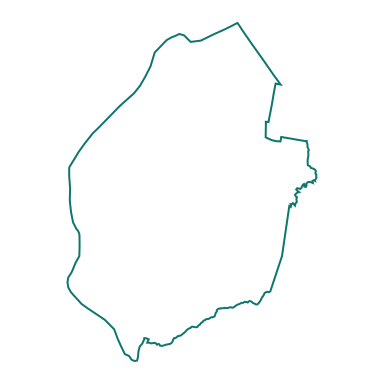 Capital, Corrientes, Argentina
{"feature_id": "61730980B72419299069197", "entity_name": "Capital", "entity_type": "district", "adm_level": 2, "iso_a3": "ARG", "parent_name": "Argentina", "parent_adm1": "Corrientes", "projection": "mercator", "projection_center": [-58.741, -27.521], "detail": "fine", "context": "isolated", "style": "outline", "palette": "teal", "viewbox_px": 384, "rotation_deg": 0, "n_neighbors": 0, "source": "geoboundaries", "source_scale": "gbopen_adm2", "svg_char_len": 4030}
<svg xmlns="http://www.w3.org/2000/svg" viewBox="0 0 384 384"><path d="M314.8,180.7L314.7,180.4L315.3,179.7L315.7,179.2L316.5,177.6L316.1,176.2L316.4,174.8L315.5,173.7L315.5,172.5L315.9,171.3L315.4,170.1L314.3,169.2L312.8,168.5L311.7,168.1L310.8,167.9L310.3,166.6L309.1,165.9L307.8,165.2L307.7,163.9L307.7,163.5L307.6,161.5L307.7,159.4L308.0,157.8L308.2,156.7L308.3,155.2L308.4,153.3L308.1,151.6L308.8,150.3L308.5,149.2L308.3,148.8L308.2,148.4L308.1,148.2L307.6,147.4L307.5,146.5L307.5,145.0L307.2,143.3L306.6,142.2L306.6,141.9L306.8,141.1L304.2,140.9L297.0,139.7L290.9,138.6L281.2,137.0L280.5,141.4L276.5,141.2L275.0,140.9L272.3,140.3L268.9,138.9L265.7,137.3L265.7,133.3L265.9,125.0L265.8,121.8L268.5,122.0L271.9,104.4L273.8,93.0L275.6,83.6L280.6,84.6L273.4,74.7L264.2,61.4L250.7,42.4L241.7,29.3L240.8,27.8L239.9,26.5L237.5,23.0L236.1,23.6L232.5,25.5L225.3,29.1L223.5,29.9L215.3,33.6L212.7,34.8L201.1,40.5L199.5,40.8L190.7,41.9L188.4,39.7L184.0,35.3L179.1,34.0L176.7,35.3L174.7,36.1L171.5,37.4L167.0,39.9L166.8,40.0L166.2,40.6L160.3,46.7L156.4,50.8L155.7,51.5L154.7,52.5L150.6,66.1L149.0,69.4L148.3,70.7L145.1,77.0L140.0,85.8L138.8,87.3L136.9,89.7L133.8,93.5L129.6,97.2L120.3,105.5L117.1,108.7L107.3,118.8L103.2,123.0L100.3,126.0L95.6,130.6L92.9,133.2L84.7,143.5L78.4,152.3L75.9,156.5L72.5,162.0L71.8,163.2L69.6,166.7L69.1,168.6L69.2,170.5L69.2,174.3L69.2,176.1L70.0,187.1L70.1,188.6L69.9,195.7L69.8,198.4L69.8,200.4L70.1,203.6L71.0,211.8L72.5,219.6L73.1,222.5L74.5,225.2L76.5,229.1L77.8,230.4L78.3,231.5L79.3,233.7L79.5,236.8L79.5,237.4L79.6,246.8L79.3,256.2L77.4,259.6L75.7,262.5L71.9,271.7L71.4,272.6L70.8,273.5L69.9,275.0L68.3,277.4L67.9,279.3L67.6,282.1L67.5,283.0L67.9,284.8L68.3,287.5L70.4,291.2L70.9,292.1L73.0,294.5L73.7,295.3L75.8,297.6L79.3,301.4L81.5,303.9L88.2,308.7L88.4,308.8L99.6,316.3L104.9,319.9L107.6,322.6L112.7,327.8L114.0,329.1L114.8,330.9L117.7,338.8L121.1,346.4L124.8,354.0L125.8,354.6L127.1,355.1L128.9,355.9L130.0,357.3L131.0,358.8L131.3,359.2L131.8,359.8L133.4,360.6L135.2,361.0L137.1,360.5L137.5,358.9L138.0,357.0L138.1,355.6L138.2,353.8L138.4,352.5L138.5,350.9L139.1,349.2L139.4,347.3L140.5,345.5L141.6,344.5L142.5,343.2L143.4,341.1L144.1,339.6L144.3,338.1L146.3,338.3L148.7,339.3L147.7,341.2L147.3,342.7L149.1,342.6L150.9,343.4L153.0,343.1L154.4,342.8L155.9,343.3L157.0,344.7L158.7,343.9L159.5,344.6L160.1,345.7L161.9,345.9L164.0,345.4L166.0,344.7L168.1,344.3L170.0,343.9L171.6,342.9L172.6,341.4L173.1,339.8L174.0,338.2L175.3,338.0L176.7,337.3L177.4,336.4L178.9,335.9L180.6,335.6L181.7,334.8L183.4,333.3L184.7,332.4L186.1,330.8L187.5,329.4L188.9,328.5L190.5,328.0L191.3,326.9L192.4,326.7L193.6,326.8L194.7,327.1L196.1,327.3L197.5,326.9L198.2,325.6L199.8,324.7L201.1,322.9L202.5,322.1L203.6,320.6L205.0,320.2L206.2,319.1L208.2,319.0L209.6,318.4L211.3,317.2L212.5,317.3L213.8,316.9L214.9,315.7L215.0,315.3L215.3,314.5L215.7,312.9L216.8,311.6L216.8,310.2L217.1,309.9L217.8,309.2L218.3,308.8L218.5,308.7L220.3,308.6L221.0,308.3L221.5,308.2L222.9,308.2L224.0,308.1L225.2,307.9L226.4,308.1L227.9,308.0L229.3,307.4L231.2,307.3L232.3,307.7L233.7,307.3L234.9,306.5L235.8,305.7L237.7,304.5L239.1,304.2L240.3,303.5L241.6,302.8L243.0,302.9L244.7,301.8L246.4,302.0L246.6,302.1L247.8,302.5L248.2,302.0L248.6,301.5L249.8,301.0L251.5,301.6L253.1,303.1L254.8,303.7L256.0,304.5L257.5,304.3L258.9,302.8L259.8,301.6L260.8,300.2L261.2,299.0L262.1,297.3L263.2,296.0L264.2,294.1L264.6,293.0L265.7,292.4L267.3,291.8L269.0,292.1L269.4,291.9L270.0,291.6L270.4,291.1L282.0,256.1L289.3,206.1L290.7,207.0L291.0,205.6L290.6,204.2L291.6,204.3L292.9,203.1L293.8,204.3L295.0,205.6L295.4,203.5L296.8,202.0L296.6,200.6L296.4,198.9L297.0,197.2L296.0,196.6L295.0,194.9L295.9,193.8L297.3,192.6L299.1,192.1L297.9,191.3L296.2,189.5L297.2,188.2L298.5,188.4L300.1,189.0L301.4,188.1L301.8,186.8L302.9,184.8L304.0,184.0L304.5,185.1L304.4,186.6L305.8,187.0L306.6,185.2L306.2,183.8L307.3,182.6L308.3,182.0L309.5,182.0L311.5,182.4L312.9,183.0L312.4,181.0L313.7,180.2L314.0,180.2L314.8,180.7Z" fill="none" stroke="#0f766e" stroke-width="2"/></svg>